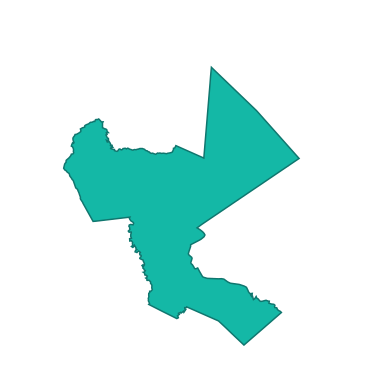 outline of Gilbués, Piauí, Brazil, rotated 24°
{"feature_id": "56859067B46664725205150", "entity_name": "Gilbués", "entity_type": "district", "adm_level": 2, "iso_a3": "BRA", "parent_name": "Brazil", "parent_adm1": "Piauí", "projection": "orthographic", "projection_center": [-45.496, -9.578], "detail": "fine", "context": "isolated", "style": "filled", "palette": "teal", "viewbox_px": 384, "rotation_deg": 24, "n_neighbors": 0, "source": "geoboundaries", "source_scale": "gbopen_adm2", "svg_char_len": 4437}
<svg xmlns="http://www.w3.org/2000/svg" viewBox="0 0 384 384"><g transform="rotate(24 192 192)"><path d="M65.1,222.5L66.8,223.6L68.2,223.7L69.4,224.4L70.4,224.7L72.3,225.1L73.9,227.1L76.4,228.5L77.4,229.3L78.8,229.8L84.1,235.5L86.4,236.2L87.5,237.4L89.1,238.8L90.3,240.2L92.2,242.1L92.5,243.2L93.2,244.0L96.1,245.8L97.2,246.8L113.6,259.1L116.1,257.7L145.5,240.2L145.4,241.4L146.4,242.3L147.8,243.2L149.0,243.4L150.4,243.6L151.4,244.2L151.5,245.9L149.1,246.6L148.1,247.7L148.3,249.0L149.2,249.5L150.5,251.6L149.7,253.6L150.9,254.3L152.7,253.3L153.2,254.0L153.2,255.2L154.0,257.4L155.5,258.9L154.0,260.0L155.1,262.1L156.5,261.2L158.2,262.1L158.5,263.3L159.6,264.9L158.8,266.4L160.5,266.7L161.1,265.4L161.0,264.1L163.6,265.8L163.9,266.7L165.0,267.0L164.2,268.3L164.3,269.8L166.3,269.7L166.8,268.5L167.3,267.6L169.4,268.2L169.1,269.3L169.9,270.6L171.3,270.6L171.8,271.8L171.2,272.9L171.4,274.0L172.2,274.1L174.1,274.1L175.0,274.1L175.8,275.2L176.9,276.0L177.8,277.0L178.2,278.1L177.9,279.6L176.8,278.5L176.2,279.5L177.2,280.1L177.8,280.6L178.1,281.5L179.1,281.7L180.2,282.7L181.3,282.8L181.1,284.4L180.2,285.1L181.5,285.3L182.8,287.0L183.7,286.6L184.4,287.1L185.4,287.0L185.5,288.6L184.8,289.4L186.1,289.7L186.8,291.0L187.7,290.7L188.5,290.1L189.6,290.5L190.6,290.8L191.3,292.3L192.7,293.0L193.4,293.7L193.8,294.7L194.3,296.1L195.3,297.0L195.3,298.0L194.8,299.3L193.7,299.9L194.3,301.0L193.7,302.1L194.4,303.9L195.1,305.0L195.4,307.2L196.0,308.0L196.4,309.2L197.4,310.0L198.6,311.2L198.2,312.3L213.5,313.1L229.6,313.8L230.2,313.1L230.7,312.4L229.8,311.5L229.1,311.0L229.7,309.8L230.2,309.0L229.0,308.3L230.5,306.6L231.2,307.1L232.0,305.8L232.7,304.4L233.5,305.2L233.7,304.1L234.1,301.9L233.0,301.8L232.4,300.6L233.7,300.1L233.8,299.1L268.6,299.0L275.9,301.5L286.7,305.4L301.7,310.7L322.7,265.7L321.3,265.1L319.9,265.1L318.7,264.9L317.5,264.4L316.9,263.5L316.0,263.4L314.6,263.9L314.0,263.1L313.8,261.7L312.4,261.3L310.2,262.0L307.5,262.3L307.0,260.3L305.9,260.7L303.7,260.8L302.1,262.0L300.8,263.1L299.3,264.0L298.2,263.9L297.1,263.4L296.1,262.8L294.8,262.7L294.0,262.3L293.1,261.4L292.9,262.8L292.6,264.2L291.9,265.3L289.6,262.5L289.1,263.3L287.5,262.2L288.6,261.2L288.3,260.1L286.9,261.0L285.8,261.1L284.2,260.2L283.1,259.1L280.5,256.9L277.9,256.7L272.8,257.2L264.2,259.7L261.1,259.6L256.6,258.6L254.2,259.2L251.6,260.5L241.0,264.7L237.1,265.2L236.0,265.0L231.3,261.6L228.1,259.1L227.2,260.1L226.1,260.9L225.2,260.7L224.1,259.7L221.8,258.2L220.4,257.8L219.6,257.0L219.3,254.1L219.0,252.5L218.3,251.8L216.6,251.3L214.9,250.8L213.8,250.0L213.4,247.5L212.9,242.4L212.2,240.7L214.2,238.2L218.1,233.3L219.5,231.4L221.2,228.0L221.3,226.0L219.9,224.9L217.9,224.0L214.8,223.2L211.2,222.7L214.3,217.3L233.0,187.2L276.2,117.8L218.0,91.5L164.2,72.1L159.0,70.2L161.9,78.7L164.2,85.1L189.0,156.2L173.0,156.2L164.2,156.2L158.4,156.2L158.4,157.9L158.3,158.8L157.3,159.6L157.8,160.8L157.8,163.4L157.1,164.3L155.6,165.5L154.0,166.5L153.3,167.3L152.3,167.6L150.3,168.1L148.1,169.3L146.8,169.4L146.0,170.1L144.7,170.4L143.5,172.3L141.7,172.5L140.3,172.5L139.2,173.2L138.1,173.4L136.9,172.8L135.6,173.0L134.4,172.6L133.1,172.9L132.1,172.7L131.4,172.3L130.2,172.4L128.8,172.5L127.7,173.1L126.8,173.4L126.0,174.1L125.5,174.8L124.7,175.1L123.7,176.1L122.0,176.7L121.0,177.8L119.8,178.0L118.8,178.0L117.5,178.3L116.4,178.0L115.3,178.2L114.6,179.3L113.1,179.2L112.4,179.7L111.3,180.4L111.1,181.4L110.6,182.1L109.5,182.3L108.6,182.0L107.8,182.7L107.5,184.6L106.9,185.4L105.8,185.6L104.3,185.7L103.9,184.7L101.8,185.3L100.0,185.4L100.0,184.5L101.4,183.5L99.5,182.9L100.5,182.5L99.9,181.8L98.7,182.1L97.6,180.8L95.9,179.7L94.3,180.8L92.8,179.5L95.0,179.2L93.8,177.0L92.9,177.2L91.7,176.2L90.2,174.9L91.0,174.0L89.7,172.8L91.4,171.8L89.9,171.2L88.7,169.7L87.5,169.5L86.4,169.9L85.3,169.6L84.1,169.7L83.4,168.1L82.2,165.4L82.2,164.1L80.8,164.8L78.8,163.9L78.0,163.6L77.1,163.2L76.0,164.4L74.8,164.8L74.4,165.6L74.5,167.1L73.4,167.5L72.5,168.8L70.8,169.7L69.9,171.7L68.3,173.3L67.4,174.4L67.1,175.2L67.6,176.3L66.5,177.3L65.8,177.9L64.4,179.8L65.4,180.9L65.8,182.1L64.8,183.9L64.0,185.0L63.0,186.3L61.8,187.0L61.8,188.6L61.3,190.5L61.4,191.4L62.0,192.6L63.0,193.9L64.0,194.7L64.0,195.7L62.9,195.7L62.9,197.7L63.1,199.2L64.5,199.3L66.1,200.8L66.7,201.8L67.1,203.2L68.0,204.3L67.7,205.7L66.4,206.5L66.5,207.9L66.1,209.7L65.6,211.2L64.6,213.3L64.2,214.2L64.4,215.1L64.9,216.1L64.5,217.1L64.3,218.3L65.1,222.5Z" fill="#14b8a6" stroke="#0f766e" stroke-width="1.5"/></g></svg>